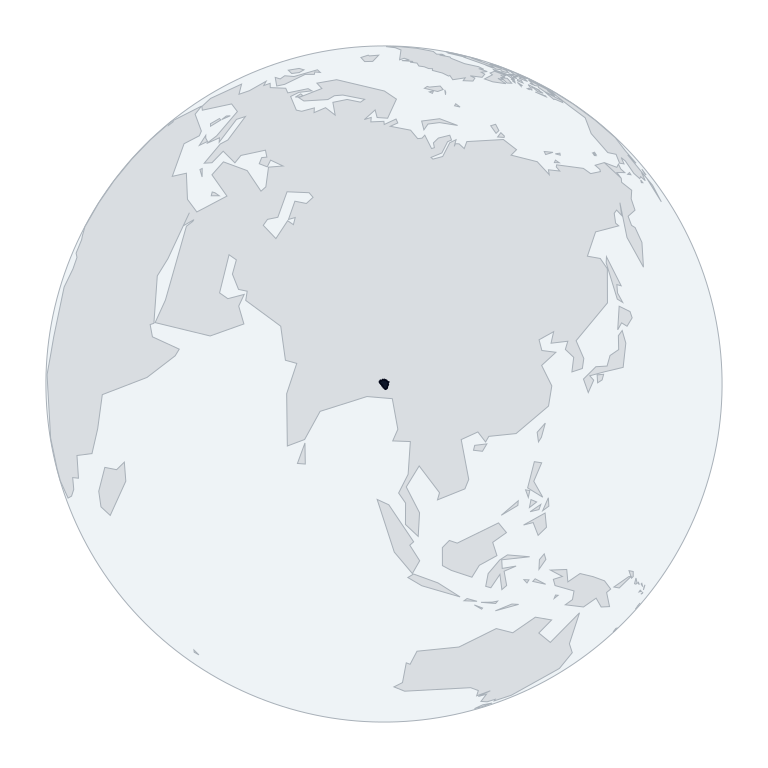 globe centered on Rajshahi, rotated 22°
{"feature_id": "BGD-3255", "entity_name": "Rajshahi", "entity_type": "Division", "adm_level": 1, "iso_a3": "BGD", "parent_name": "Bangladesh", "parent_adm1": "", "projection": "orthographic", "projection_center": [88.991, 24.559], "detail": "fine", "context": "on_globe", "style": "filled", "palette": "ink", "viewbox_px": 768, "rotation_deg": 22, "n_neighbors": 0, "source": "natural_earth", "source_scale": "10m", "svg_char_len": 12185}
<svg xmlns="http://www.w3.org/2000/svg" viewBox="0 0 768 768"><g transform="rotate(22 384 384)"><circle cx="384" cy="384" r="338" fill="#eef3f6" stroke="#a8b0b8"/><path d="M506.0,68.9L505.9,68.8L520.5,77.4L535.1,84.9L524.1,80.3L558.5,99.1L572.9,111.2L550.5,94.8L543.4,91.3L550.1,97.6L544.3,95.6L544.2,97.8L536.7,95.1L524.2,86.8L519.1,85.2L524.1,90.0L519.7,91.0L513.1,84.1L504.8,85.6L482.3,74.2L470.8,61.8L452.1,56.9L423.9,48.9L420.3,48.9L407.3,47.2L398.3,46.9L395.6,46.5L390.8,46.8L395.0,47.4L394.2,48.0L389.3,48.2L385.0,47.2L386.9,47.0L383.0,46.9L383.0,46.6L380.3,46.9L375.6,46.3L372.9,47.3L363.1,47.4L362.0,47.0L371.7,46.4L376.3,46.2L402.8,46.6L429.1,49.1L455.2,53.7L480.9,60.3L506.0,68.9ZM546.9,91.4L542.6,88.2L548.8,92.1L546.9,91.4ZM545.5,98.6L548.6,100.4L547.2,100.9L545.5,98.6ZM534.5,97.5L531.3,98.3L532.4,96.0L534.5,97.5ZM372.0,46.3L371.6,46.3L368.0,46.5L372.0,46.3ZM528.1,97.8L520.7,100.7L526.9,104.4L505.3,96.2L518.7,95.9L519.0,92.3L522.9,95.9L528.1,97.8ZM398.4,47.6L393.7,46.9L402.2,47.5L398.4,47.6ZM404.0,47.9L430.9,50.4L435.4,52.1L425.4,50.6L434.8,53.3L423.7,52.8L416.1,51.2L415.4,50.0L411.7,50.9L404.0,47.9ZM494.5,91.7L490.9,91.6L492.3,90.2L494.5,91.7ZM394.6,48.3L399.6,48.4L403.8,49.7L394.5,49.9L396.1,49.3L394.6,48.3ZM442.7,54.6L444.2,56.1L435.6,55.9L435.0,56.6L423.9,53.0L442.7,54.6ZM392.7,49.1L389.6,50.0L383.2,49.7L389.9,48.4L392.7,49.1ZM408.9,50.1L410.4,50.9L406.5,50.5L408.9,50.1ZM358.6,50.3L364.5,49.7L367.2,50.2L358.6,50.3ZM388.9,50.4L391.2,50.6L392.9,50.9L389.6,51.5L388.9,50.4ZM418.6,53.4L414.7,53.3L422.7,54.8L416.6,55.3L410.3,53.0L410.5,54.2L408.6,54.4L405.5,52.4L418.6,53.4ZM391.5,53.3L381.3,51.4L369.7,52.0L367.0,51.4L386.2,50.6L391.5,53.3ZM400.0,52.8L394.1,52.9L393.7,51.8L397.5,51.1L400.0,52.8ZM414.8,56.6L425.8,56.4L426.8,57.0L414.8,56.6ZM388.2,53.6L390.7,54.1L387.4,53.7L388.2,53.6ZM406.7,55.7L410.4,55.5L411.5,56.1L406.7,55.7ZM392.7,55.6L389.4,54.8L391.8,54.2L392.7,55.6ZM399.2,55.8L399.7,56.7L394.7,54.4L400.7,55.5L399.2,55.8ZM407.1,56.4L408.9,56.7L405.4,56.4L407.1,56.4ZM385.3,58.9L378.3,56.1L383.8,54.4L389.7,57.3L385.3,58.9ZM88.3,220.4L110.8,194.6L107.8,204.6L119.9,217.9L119.8,223.0L108.6,236.1L109.9,270.8L121.8,262.6L132.6,286.4L146.0,294.6L168.0,268.6L146.1,254.5L151.9,238.2L177.2,237.4L197.7,251.3L200.6,245.5L195.7,226.2L208.7,219.7L195.0,218.9L194.4,226.4L185.8,226.5L185.8,219.9L190.4,217.5L186.5,211.6L165.7,225.7L162.9,234.8L147.7,228.4L141.6,243.3L134.6,246.6L142.3,222.8L147.8,216.3L155.3,187.9L148.1,193.9L140.6,221.6L139.2,217.4L129.5,227.4L135.9,216.6L146.0,186.3L137.8,181.4L113.0,198.2L111.2,194.9L116.2,184.2L139.6,159.3L141.0,169.7L149.3,162.5L161.3,147.4L160.7,152.3L165.8,147.9L167.5,151.8L182.1,146.6L185.7,150.1L203.0,138.6L207.3,139.2L195.8,145.5L189.7,152.4L200.1,162.9L205.5,162.0L216.0,154.1L217.5,158.6L226.3,149.7L238.0,153.0L231.1,142.0L243.2,134.0L256.6,131.5L259.4,127.3L237.6,131.5L230.0,135.3L225.4,141.3L203.7,151.6L197.6,150.4L215.7,133.3L209.1,130.2L226.1,119.6L274.6,112.2L288.8,115.2L287.8,136.2L277.8,139.5L273.1,133.2L266.7,146.2L272.3,141.6L273.6,145.9L285.5,140.5L287.0,143.3L295.9,133.8L299.0,136.8L293.3,142.7L313.6,138.7L323.3,143.9L327.2,141.8L328.6,138.0L339.9,147.9L342.2,146.0L339.5,141.9L342.3,135.6L351.8,128.7L355.2,132.5L352.2,135.5L351.1,148.1L342.7,156.3L345.1,157.2L353.2,151.1L354.6,135.6L359.3,130.5L360.1,137.4L360.2,134.5L363.6,133.2L370.2,135.7L370.0,128.2L403.1,112.6L419.1,117.1L416.1,124.2L442.8,120.5L458.8,128.0L456.2,123.8L467.2,120.7L462.4,118.2L462.0,116.1L488.1,109.4L496.8,111.5L505.1,106.0L503.8,104.2L497.8,102.1L505.3,96.2L526.9,104.4L528.8,108.0L541.1,111.6L543.8,119.7L551.6,128.8L547.5,137.0L554.1,144.2L558.2,144.9L570.1,156.1L580.8,178.5L554.4,157.1L534.8,127.5L541.2,138.7L534.5,135.6L533.5,139.5L538.5,148.1L542.4,149.4L523.2,163.7L524.7,189.3L537.5,186.6L547.9,193.5L560.8,225.1L545.9,271.9L559.7,285.5L562.1,295.3L553.7,302.4L549.9,288.2L539.2,284.0L538.4,275.5L523.6,283.6L521.7,271.9L511.2,284.9L517.8,293.8L531.5,290.2L523.2,307.7L540.3,322.9L544.8,342.8L525.0,380.5L500.8,393.3L499.9,399.7L489.0,393.3L476.4,406.6L498.3,440.7L498.3,450.9L477.0,471.4L476.2,464.0L447.3,446.8L443.2,471.1L465.2,490.1L472.8,512.5L456.5,506.2L448.6,486.3L438.4,479.6L440.2,458.7L430.0,427.5L413.4,433.5L413.8,420.8L397.2,394.5L372.9,402.0L335.0,433.3L331.2,465.2L317.6,477.7L297.4,429.5L295.4,397.6L283.7,398.9L266.6,369.1L224.5,358.3L222.4,349.2L213.7,350.8L202.3,338.9L200.6,324.2L191.9,322.2L197.4,361.1L207.2,363.4L220.8,353.3L220.1,366.2L231.6,380.8L204.8,404.6L148.8,412.8L149.9,388.1L141.7,311.7L145.6,305.2L145.9,304.4L146.2,302.8L138.6,312.6L139.4,298.1L136.7,348.8L133.3,368.7L147.9,413.9L144.9,416.5L151.6,427.0L181.1,428.4L179.8,436.1L161.8,466.7L126.8,499.4L135.3,532.8L139.3,557.9L126.1,565.3L136.0,585.8L130.4,587.4L135.8,597.9L136.3,605.0L133.8,608.1L120.2,595.1L112.4,584.7L95.1,558.9L68.1,501.6L64.2,482.8L60.1,463.9L51.1,413.9L52.5,393.8L51.9,381.6L49.5,378.0L49.6,363.4L48.8,359.5L47.8,350.3L51.6,323.2L57.6,296.5L65.8,270.3L76.0,244.9L88.3,220.4ZM90.6,219.3L87.4,224.7L87.4,224.8L90.6,219.3ZM212.6,282.1L229.3,289.7L233.5,268.7L240.3,270.2L239.3,262.9L233.8,267.2L232.9,247.9L244.4,245.7L248.3,237.5L242.9,234.7L222.1,242.1L223.1,269.2L214.3,275.0L212.6,282.1ZM192.1,122.7L188.7,127.0L182.1,130.7L177.7,128.9L187.1,123.2L192.1,122.7ZM185.4,132.6L204.6,117.6L208.2,119.0L203.0,120.6L203.4,123.0L195.0,126.4L179.6,143.4L172.9,147.9L168.3,140.5L173.5,140.0L176.5,135.4L185.4,132.6ZM247.5,85.3L255.9,81.1L252.7,89.1L245.3,92.3L240.3,89.9L246.2,85.0L247.5,85.3ZM348.7,48.3L352.1,47.8L353.3,47.9L351.4,48.3L348.7,48.3ZM341.4,48.8L343.7,48.5L346.1,48.2L350.1,47.8L342.8,48.6L342.9,49.0L345.6,48.9L360.1,48.3L379.4,47.4L382.6,48.5L379.7,49.5L375.5,49.8L374.7,48.8L369.7,50.1L365.5,49.0L361.1,49.9L335.1,51.1L337.7,50.4L319.3,53.2L319.0,52.6L330.9,50.6L316.9,52.8L327.5,50.8L327.3,50.9L341.4,48.8ZM343.8,73.1L344.6,69.7L333.8,76.1L329.5,73.3L328.5,74.3L321.6,73.8L311.4,75.1L310.9,73.5L307.2,74.8L302.5,74.8L297.2,76.1L294.4,74.1L287.7,75.8L290.1,74.0L279.4,77.5L286.1,74.1L280.7,74.4L277.0,77.6L274.6,67.9L268.4,68.0L259.5,70.4L272.3,65.3L288.8,60.4L305.1,57.2L309.2,58.5L314.3,56.5L317.7,56.7L312.3,58.2L322.7,56.1L324.1,56.9L338.7,56.8L352.8,54.4L358.5,54.8L353.7,56.1L362.7,55.6L357.4,58.5L361.4,59.0L360.1,62.9L348.5,65.9L353.7,66.3L353.0,69.8L343.8,73.1ZM384.5,59.9L371.6,63.1L362.9,63.5L368.7,56.7L365.9,55.9L369.4,52.6L381.9,52.3L379.8,53.2L380.6,54.1L376.3,53.8L380.4,54.7L377.6,56.1L379.9,57.4L375.1,57.9L384.5,59.9ZM125.6,220.2L126.6,222.8L129.5,225.2L123.4,231.9L125.6,220.2ZM132.0,199.5L133.8,200.3L126.6,210.0L125.6,207.7L132.0,199.5ZM141.0,192.9L134.5,199.6L137.4,194.6L141.0,192.9ZM198.1,146.2L200.7,147.0L198.6,149.2L194.3,151.2L198.1,146.2ZM310.7,94.7L312.6,91.9L314.9,91.7L324.5,86.7L328.5,88.8L324.2,92.7L310.7,94.7ZM160.7,271.2L153.3,274.2L152.8,270.3L155.5,270.0L160.7,271.2ZM134.7,252.3L137.8,260.2L133.0,254.1L134.7,252.3ZM316.6,96.2L320.1,93.7L320.0,96.4L316.6,96.2ZM331.9,90.2L332.7,92.8L330.1,88.5L331.9,90.2ZM307.4,701.8L313.9,704.5L308.5,703.8L307.4,701.8ZM181.0,570.8L179.4,608.4L167.6,603.9L159.7,590.3L156.4,565.9L168.2,563.6L172.5,553.7L181.0,570.8ZM550.5,555.0L559.3,554.8L558.9,556.2L550.5,555.0ZM541.4,551.8L551.7,550.6L539.4,555.0L541.4,551.8ZM555.7,550.1L566.1,545.7L570.7,542.7L569.7,545.7L555.7,550.1ZM534.3,552.9L494.6,556.9L478.6,554.5L482.6,549.1L508.5,548.2L534.3,552.9ZM481.3,549.1L456.5,536.0L420.9,493.6L433.7,494.2L470.6,519.2L468.3,523.8L483.3,534.5L481.3,549.1ZM540.3,516.4L537.9,530.2L516.2,531.6L506.2,530.5L499.4,513.8L503.2,504.6L511.5,504.1L542.2,469.9L553.2,475.9L544.1,490.1L553.0,500.8L540.3,516.4ZM332.8,468.3L341.0,487.7L333.5,490.1L332.8,468.3ZM553.6,446.4L541.9,461.8L552.2,442.0L553.6,446.4ZM559.1,428.2L560.3,435.1L554.9,429.1L559.1,428.2ZM500.5,409.5L491.8,411.9L491.1,406.9L501.8,401.0L500.5,409.5ZM548.2,359.8L549.9,374.5L548.9,379.8L544.1,371.4L548.2,359.8ZM355.4,116.7L337.6,120.8L327.4,126.5L325.8,133.4L320.4,126.1L336.2,117.2L355.4,116.7ZM396.8,112.4L398.2,107.2L402.7,109.0L403.0,110.4L396.8,112.4ZM394.0,109.6L386.2,104.6L390.2,101.4L395.6,106.0L394.0,109.6ZM350.8,98.7L345.2,99.6L345.5,97.3L350.8,98.7ZM589.5,651.1L595.8,644.4L603.7,639.4L594.9,647.3L589.5,651.1ZM578.1,633.1L518.2,661.1L506.7,661.1L513.0,653.9L509.1,634.2L513.2,634.1L514.7,619.4L552.0,599.8L579.7,568.7L596.6,566.4L611.7,543.5L627.8,540.0L620.8,556.9L635.0,561.3L651.0,522.9L653.2,555.4L659.2,562.6L653.2,582.0L618.7,624.8L604.9,636.5L605.2,634.7L598.7,640.0L592.8,642.0L595.2,633.3L588.5,638.4L597.5,628.6L586.7,638.4L586.3,632.9L578.1,633.1ZM690.6,523.7L691.2,523.2L690.3,526.7L689.3,528.0L690.6,523.7ZM702.2,495.7L701.9,497.2L701.4,498.6L702.2,495.7ZM702.0,495.6L703.5,491.1L702.5,494.8L702.0,495.6ZM700.9,482.7L702.0,480.0L702.1,481.1L700.9,482.7ZM572.2,552.6L585.0,540.1L591.4,537.9L572.2,552.6ZM700.4,479.8L698.3,481.3L698.8,479.2L700.4,479.8ZM701.1,475.0L701.2,472.4L701.7,477.8L701.1,475.0ZM697.7,472.2L699.8,475.0L697.3,473.1L697.7,472.2ZM695.9,474.3L694.0,473.6L694.2,472.6L695.9,474.3ZM668.5,493.9L676.5,505.9L668.9,509.4L660.9,503.1L652.5,516.0L634.8,520.8L639.5,513.3L637.7,504.7L618.1,506.8L614.2,501.7L621.5,495.6L608.0,494.2L622.9,487.5L628.6,498.6L636.8,486.3L650.0,484.3L662.2,483.9L671.0,489.2L668.5,493.9ZM622.1,515.4L624.6,514.7L622.1,519.1L622.1,515.4ZM690.3,469.5L693.1,473.5L692.6,475.2L691.1,475.3L690.3,469.5ZM673.2,486.1L683.1,470.9L685.2,469.9L678.5,485.0L673.2,486.1ZM681.1,465.3L685.3,464.5L687.2,469.2L686.2,471.3L681.1,465.3ZM591.8,511.3L591.1,514.9L587.0,513.0L591.8,511.3ZM597.1,508.0L608.9,509.1L595.9,511.3L597.1,508.0ZM559.0,502.9L562.7,510.7L574.7,503.3L565.5,512.6L573.2,524.9L570.3,530.5L562.8,517.1L559.4,532.9L554.1,533.5L551.6,520.8L557.2,503.8L562.5,496.2L583.8,489.6L559.0,502.9ZM597.1,497.8L593.9,488.6L596.2,481.5L599.8,486.0L597.1,497.8ZM583.6,466.6L574.2,456.6L566.2,462.5L581.7,443.3L588.3,456.0L583.6,466.6ZM574.7,442.4L567.3,447.7L574.5,436.9L574.7,442.4ZM565.1,444.1L563.6,436.1L569.7,436.2L565.1,444.1ZM578.6,442.0L579.0,427.9L582.6,435.5L578.6,442.0ZM559.3,418.1L573.6,429.5L556.1,426.5L552.5,399.7L559.7,398.0L559.3,418.1ZM581.6,302.9L578.2,295.7L584.0,292.7L584.7,298.5L581.6,302.9ZM599.5,279.0L584.4,289.7L571.7,299.3L577.0,301.9L576.6,315.4L567.1,304.7L574.0,288.6L584.1,283.8L582.9,272.9L588.7,264.2L583.2,251.4L584.8,245.2L592.9,255.5L599.5,279.0ZM580.4,246.2L572.9,223.8L585.0,224.7L589.3,229.7L587.7,239.4L581.4,238.3L580.4,246.2ZM574.7,218.9L568.5,217.9L544.6,188.4L542.6,182.7L567.1,204.1L562.7,204.6L566.4,212.1L574.7,218.9ZM493.5,93.4L491.1,91.7L494.9,92.9L493.5,93.4ZM459.0,114.9L459.1,112.2L463.6,113.2L459.0,114.9ZM461.7,105.8L456.6,106.4L460.6,104.1L461.7,105.8ZM445.5,108.4L453.9,105.9L447.9,110.7L445.5,108.4Z" fill="#d9dde1" stroke="#a8b0b8" stroke-width="1"/><path d="M382.6,386.2L382.7,385.9L382.6,385.6L382.5,385.4L382.3,385.3L382.2,385.3L382.1,385.6L381.7,385.5L381.4,385.5L381.2,385.4L380.8,385.1L379.4,384.4L379.2,384.2L379.1,383.8L379.1,383.7L378.9,383.5L378.8,383.3L378.9,383.2L379.0,382.8L379.1,382.7L379.3,382.6L379.3,382.4L379.5,382.3L379.4,382.2L379.3,381.9L379.6,381.7L379.8,381.7L379.9,381.8L380.0,382.0L380.3,382.2L380.5,382.0L380.7,381.7L380.8,381.6L380.8,381.4L381.0,381.1L381.0,380.7L381.0,380.4L381.2,380.2L381.3,380.3L381.5,380.3L381.8,380.4L382.1,380.3L382.3,380.3L382.6,380.4L382.9,380.4L383.0,380.3L383.0,380.2L383.1,380.3L383.5,380.4L383.7,380.2L383.9,379.8L384.0,379.8L384.0,379.7L383.9,379.6L384.4,379.6L385.0,379.6L385.3,379.9L385.4,380.2L385.6,380.4L385.9,380.2L386.2,380.2L386.8,380.4L387.3,380.4L387.7,380.4L387.6,380.8L387.6,381.1L387.5,381.6L387.7,382.3L387.8,382.5L388.1,382.7L388.2,382.8L388.3,382.9L388.3,383.0L388.3,383.4L388.3,383.5L388.2,383.8L388.2,384.0L388.2,384.3L388.1,384.5L388.1,385.1L388.1,385.4L388.1,385.6L388.3,385.9L388.4,386.0L388.5,386.1L388.5,386.3L388.5,386.5L388.4,386.8L388.4,387.0L387.8,387.4L387.8,387.6L387.7,387.7L387.8,387.8L387.8,388.1L387.7,388.2L387.4,388.2L387.1,388.4L386.9,388.4L386.7,388.2L386.1,387.9L385.9,387.8L385.8,387.7L385.6,387.7L385.1,387.7L384.9,387.7L384.7,387.6L384.5,387.4L384.4,387.3L384.4,387.2L384.3,386.9L384.2,386.7L383.9,386.4L383.7,386.3L383.2,386.6L382.9,386.5L382.7,386.4L382.6,386.2L382.6,386.2Z" fill="#0f172a" stroke="#020617" stroke-width="1.5"/></g></svg>